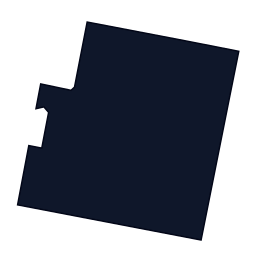 the district of Marquette, Wisconsin, United States of America, rotated 191°
{"feature_id": "52423323B3939200165575", "entity_name": "Marquette", "entity_type": "district", "adm_level": 2, "iso_a3": "USA", "parent_name": "United States of America", "parent_adm1": "Wisconsin", "projection": "equal_earth", "projection_center": [-89.29, 43.813], "detail": "fine", "context": "isolated", "style": "filled", "palette": "ink", "viewbox_px": 256, "rotation_deg": 191, "n_neighbors": 0, "source": "geoboundaries", "source_scale": "gbopen_adm2", "svg_char_len": 366}
<svg xmlns="http://www.w3.org/2000/svg" viewBox="0 0 256 256"><g transform="rotate(191 128 128)"><path d="M221.7,31.5L34.9,32.0L34.2,174.4L33.9,224.4L84.5,224.5L188.3,224.2L188.3,182.9L188.3,174.5L188.3,157.9L191.1,154.1L222.1,154.6L222.0,129.4L214.6,132.7L208.9,128.2L208.8,91.8L222.0,91.8L221.7,31.5Z" fill="#0f172a" stroke="#020617" stroke-width="1.5"/></g></svg>